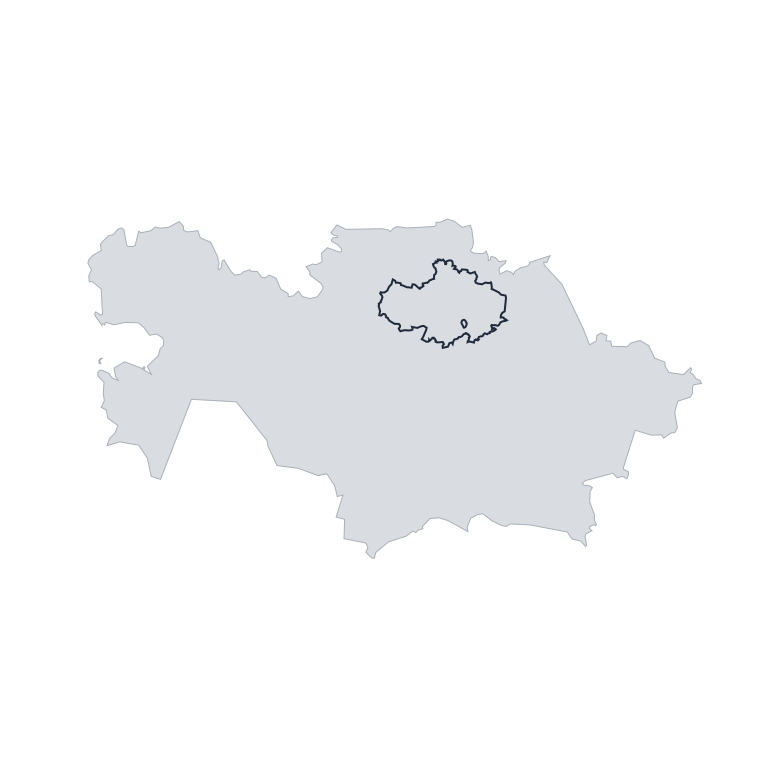 Aqmola on a map of Kazakhstan (Albers equal-area conic projection), rotated 10°
{"feature_id": "KAZ-3202", "entity_name": "Aqmola", "entity_type": "Region", "adm_level": 1, "iso_a3": "KAZ", "parent_name": "Kazakhstan", "parent_adm1": "", "projection": "albers", "projection_center": [70.159, 51.837], "detail": "fine", "context": "in_parent", "style": "outline", "palette": "slate", "viewbox_px": 768, "rotation_deg": 10, "n_neighbors": 0, "source": "natural_earth", "source_scale": "10m", "svg_char_len": 7511}
<svg xmlns="http://www.w3.org/2000/svg" viewBox="0 0 768 768"><g transform="rotate(10 384 384)"><path d="M447.5,519.8L443.4,521.7L441.1,524.8L438.1,523.8L432.5,529.8L415.6,538.9L405.1,551.5L404.7,557.4L401.9,557.4L395.3,552.8L396.6,547.7L393.6,543.7L371.5,543.3L368.7,524.1L360.0,523.4L362.9,500.6L357.6,502.9L352.9,492.5L343.3,482.3L335.1,485.6L314.0,481.9L292.8,482.9L280.6,465.5L278.6,460.0L241.7,427.2L197.0,432.5L180.5,516.7L170.8,515.4L163.8,498.0L153.0,486.8L133.7,486.9L122.0,492.8L123.2,485.4L127.7,478.7L129.2,471.1L118.0,465.6L114.9,457.8L109.6,456.1L111.5,449.1L109.2,442.0L108.0,431.0L100.7,425.7L100.2,422.3L101.7,419.8L103.8,419.4L111.2,421.3L115.6,425.5L121.8,426.5L118.5,423.5L115.4,415.3L124.6,407.2L141.2,410.3L153.3,415.0L147.8,407.8L156.9,395.1L157.4,388.3L160.1,384.3L159.5,379.6L157.7,376.8L151.1,374.3L144.7,376.7L137.7,370.0L131.4,366.4L118.1,368.4L108.0,372.5L99.1,371.7L98.6,374.3L97.6,373.3L96.0,374.1L96.1,375.3L87.9,367.2L86.9,364.9L87.6,363.0L93.1,365.4L94.7,364.2L89.0,339.5L79.3,334.0L76.0,334.5L74.5,328.9L76.1,322.4L71.4,316.4L71.9,312.5L75.0,307.8L82.4,301.7L80.6,295.7L81.9,292.8L87.0,285.8L91.8,283.7L94.9,277.9L98.4,275.8L101.1,277.3L106.5,291.9L107.7,293.0L113.1,292.2L114.9,290.6L115.9,276.1L118.4,277.2L127.5,273.7L131.5,269.2L136.4,269.4L144.6,267.1L154.0,259.7L158.7,263.0L160.2,267.6L164.1,268.4L174.0,265.4L177.7,271.9L188.7,274.5L197.9,287.3L200.7,294.2L200.4,298.9L201.4,300.3L203.4,297.7L203.3,290.8L205.0,289.6L213.8,299.8L218.2,302.7L224.1,300.7L226.1,297.9L232.0,294.8L233.7,296.1L239.7,295.2L245.3,300.4L248.6,300.1L251.9,296.7L259.4,298.6L265.8,308.5L273.9,311.5L274.5,314.6L279.1,313.1L283.6,307.4L288.5,312.1L296.2,312.8L303.3,309.7L307.2,301.4L307.1,299.1L304.6,296.0L292.1,289.5L291.4,286.5L286.8,282.0L293.1,278.3L296.6,278.2L301.9,274.4L299.7,266.1L304.5,259.6L317.5,261.9L319.2,260.6L318.5,258.1L313.8,254.7L307.5,252.5L307.2,251.3L308.4,248.9L312.9,247.6L312.2,246.1L309.0,246.4L305.4,244.3L310.1,235.5L319.5,238.3L355.3,231.4L361.7,231.6L363.8,233.0L366.2,229.0L369.6,226.7L379.8,226.3L406.4,220.1L407.7,218.3L407.2,215.8L411.5,214.8L417.7,210.6L424.6,211.5L433.9,216.1L441.4,212.7L443.7,216.8L447.6,229.3L447.2,234.8L445.9,237.3L446.5,238.4L449.9,239.6L459.1,238.3L461.5,235.4L464.4,240.1L465.4,244.4L467.3,243.0L466.9,240.8L467.6,239.7L471.7,240.2L476.2,243.6L482.8,241.3L482.5,244.0L477.5,249.4L477.4,252.0L479.2,255.5L485.3,251.1L490.3,251.9L492.4,253.9L493.6,250.0L498.7,245.5L503.9,243.5L506.0,241.6L506.6,238.7L525.2,228.9L523.3,236.1L520.1,236.2L521.2,239.1L542.0,255.0L569.9,293.9L579.7,309.7L585.6,304.8L585.2,299.2L589.0,296.0L595.1,297.6L595.1,302.9L599.8,302.5L601.7,307.3L616.9,305.1L620.2,300.6L628.5,296.7L638.0,300.2L646.0,311.5L656.7,313.6L657.7,317.5L662.5,323.2L677.2,322.8L683.2,314.7L684.4,316.4L683.6,319.8L686.7,320.9L690.6,324.8L694.5,325.6L696.6,328.3L689.0,331.0L688.4,333.8L689.5,339.4L687.8,343.8L676.3,349.9L675.2,361.4L680.5,376.2L678.8,381.2L674.9,382.6L668.8,388.8L666.3,385.9L656.0,388.0L639.4,385.9L634.3,424.8L634.8,426.5L639.9,427.9L640.5,430.9L639.6,435.0L635.0,433.6L629.9,435.8L625.0,432.1L599.2,444.1L596.5,447.4L598.8,449.1L603.1,448.2L607.2,449.9L605.6,453.9L607.1,464.5L613.9,476.1L615.0,482.0L617.5,485.1L617.2,486.6L614.8,486.3L611.1,488.8L611.2,490.4L614.3,492.4L608.9,496.4L608.5,499.0L611.5,507.8L610.8,509.0L605.0,504.5L596.2,504.0L590.1,497.9L552.5,497.4L532.6,499.9L529.2,503.0L524.5,502.9L514.7,500.2L503.8,494.7L499.4,496.0L492.8,500.9L490.8,510.5L492.3,514.8L470.6,507.4L461.6,506.2L452.8,508.4L446.5,517.7L447.5,519.8ZM101.6,413.1L100.0,413.3L99.1,410.4L100.2,408.1L101.9,407.7L99.9,410.3L101.6,413.1ZM145.4,411.1L144.1,410.4L143.7,409.2L145.6,408.6L145.4,411.1Z" fill="#d9dde1" stroke="#a8b0b8" stroke-width="1"/><path d="M365.8,294.4L368.7,293.7L371.1,291.3L371.8,288.2L372.8,286.1L374.0,284.8L374.5,279.5L377.1,280.4L378.1,282.2L379.5,281.8L382.9,281.9L383.5,283.6L385.3,283.7L390.1,284.8L391.5,284.5L394.5,284.4L394.8,280.9L396.4,280.7L398.2,281.3L401.4,283.5L402.8,284.0L403.1,283.3L403.1,282.7L404.2,282.4L405.8,280.7L404.7,279.3L404.7,278.2L405.6,278.1L408.6,276.7L409.2,276.8L409.7,276.0L410.2,275.5L410.4,274.9L410.9,274.0L412.2,273.4L413.2,272.5L415.0,271.7L414.8,271.4L414.5,267.8L415.6,266.8L416.1,264.3L415.3,262.9L414.7,261.2L413.3,260.5L412.3,259.3L411.4,257.4L412.4,256.8L412.8,256.3L413.2,255.8L414.2,255.5L413.8,255.2L413.6,254.3L415.1,254.0L415.9,253.8L415.7,253.4L415.4,252.2L416.0,252.2L416.5,251.9L417.4,251.7L417.9,251.9L417.9,252.3L419.1,252.4L419.9,251.9L420.6,251.2L422.0,252.4L422.5,253.1L423.0,253.4L423.4,255.2L424.3,255.2L424.4,254.4L423.7,253.7L423.9,253.1L424.4,252.3L426.7,250.9L429.1,250.8L429.9,251.4L430.4,252.1L430.9,254.0L430.9,255.6L431.4,255.2L432.2,255.4L433.6,255.4L434.2,255.8L434.0,256.7L433.4,257.5L432.9,258.5L433.8,258.6L435.6,258.4L437.0,259.4L437.9,260.9L438.9,261.4L439.2,259.8L440.3,259.4L440.8,257.7L442.7,257.4L446.2,257.2L446.7,257.7L446.8,257.9L446.8,259.2L448.6,259.7L449.0,260.0L449.9,260.1L450.6,259.8L454.0,257.9L455.0,259.6L456.5,261.1L457.1,262.2L456.7,263.0L456.6,265.3L455.9,266.6L456.7,268.2L458.7,268.8L463.2,268.8L466.0,266.7L467.1,266.4L468.7,266.6L470.4,266.1L471.2,265.9L471.6,265.4L472.4,266.5L472.5,267.7L473.2,269.1L473.6,271.9L475.0,272.0L481.0,273.8L483.7,275.7L488.2,275.8L488.6,276.3L489.2,278.1L490.2,291.4L489.5,292.2L488.1,293.4L487.2,295.9L487.4,298.2L489.2,297.8L490.2,297.8L490.6,298.6L492.3,299.1L493.9,299.9L492.8,300.7L491.4,301.1L489.3,302.1L487.9,303.2L487.6,304.4L487.0,305.7L486.0,306.9L483.3,306.7L480.6,307.3L479.8,307.2L479.5,308.0L479.8,308.6L480.6,309.8L481.1,310.7L481.0,311.2L481.8,310.8L482.6,309.8L484.0,310.3L484.7,310.8L483.9,311.8L482.5,313.0L480.0,314.0L479.1,314.5L479.4,315.3L478.1,316.1L477.3,316.5L476.9,317.1L474.4,316.6L473.3,318.0L473.3,318.8L472.7,319.8L471.4,320.2L470.8,320.3L470.2,320.8L469.2,321.3L469.1,321.9L469.2,322.2L468.8,322.7L468.9,323.6L469.5,323.9L468.7,324.8L466.8,324.1L466.3,324.8L465.6,325.1L465.4,327.6L461.4,327.3L459.8,327.7L459.1,328.2L459.1,327.3L459.5,326.6L459.7,325.5L459.9,323.8L459.5,323.5L460.2,322.2L458.6,320.6L457.9,320.7L457.4,320.1L456.6,320.2L456.2,319.7L455.6,319.7L455.4,320.2L453.8,321.1L452.4,323.6L451.6,324.0L451.0,324.5L449.4,324.9L449.0,325.4L449.1,326.1L448.4,326.7L446.9,327.5L446.1,327.6L445.5,328.0L444.8,330.4L444.7,332.7L444.2,332.1L443.4,331.5L441.4,332.3L440.5,336.1L435.6,338.2L435.0,336.3L436.1,334.3L435.3,333.5L434.9,332.6L433.9,332.6L430.1,333.6L428.6,333.8L427.4,333.4L427.6,332.1L427.0,331.9L426.0,330.4L425.0,330.6L424.8,329.8L423.7,330.0L422.9,331.5L422.0,333.0L421.2,333.0L420.8,332.6L421.0,334.0L420.2,334.6L418.4,335.0L413.4,333.3L414.3,331.1L415.0,328.3L415.4,326.3L415.7,325.3L416.1,323.8L416.2,321.2L413.0,319.9L411.3,320.4L409.8,321.2L407.0,323.0L401.7,322.9L402.3,323.8L402.6,325.5L401.5,326.3L399.0,327.0L395.1,327.4L393.0,328.2L391.0,329.2L389.6,327.9L388.9,326.7L389.7,325.6L389.7,323.7L388.2,322.3L383.8,322.9L378.5,320.8L377.2,319.7L376.2,318.1L374.8,318.1L374.2,317.6L374.0,316.1L372.6,315.0L370.8,315.2L369.4,317.1L367.4,317.1L367.5,312.9L365.2,308.2L365.4,306.7L364.9,305.9L365.7,304.9L366.4,304.3L366.8,303.9L366.4,303.3L366.6,302.4L367.0,301.6L367.4,299.1L366.7,297.4L364.5,295.6L364.8,294.2L365.8,294.4ZM453.0,314.7L453.9,314.2L454.6,313.2L454.9,311.8L455.0,310.3L454.6,309.2L454.1,308.9L453.4,307.9L452.3,307.0L451.6,306.9L450.6,307.3L450.2,307.8L449.7,308.6L449.6,309.5L449.7,310.5L450.3,311.4L451.1,312.3L451.7,313.2L452.4,314.2L453.0,314.7Z" fill="none" stroke="#1e293b" stroke-width="2"/></g></svg>